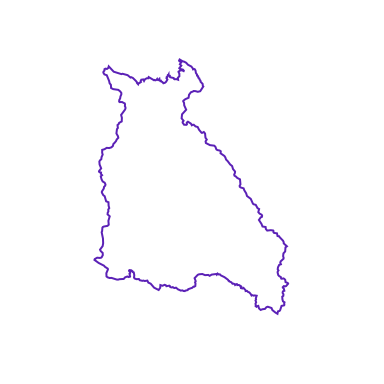 Fresno, Tolima, Colombia, rotated 116°
{"feature_id": "7082276B32656810983952", "entity_name": "Fresno", "entity_type": "district", "adm_level": 2, "iso_a3": "COL", "parent_name": "Colombia", "parent_adm1": "Tolima", "projection": "robinson", "projection_center": [-75.055, 5.192], "detail": "fine", "context": "isolated", "style": "outline", "palette": "violet", "viewbox_px": 384, "rotation_deg": 116, "n_neighbors": 0, "source": "geoboundaries", "source_scale": "gbopen_adm2", "svg_char_len": 6010}
<svg xmlns="http://www.w3.org/2000/svg" viewBox="0 0 384 384"><g transform="rotate(116 192 192)"><path d="M92.2,228.1L91.9,228.8L90.2,229.8L89.1,232.7L88.1,233.3L87.6,234.6L86.7,235.2L86.5,236.5L85.3,237.2L85.2,238.5L84.3,238.9L83.3,240.7L81.4,242.0L80.5,243.2L80.5,244.0L81.3,244.8L80.6,245.4L79.5,247.6L79.4,251.4L78.4,253.9L78.3,256.1L78.6,257.8L78.3,261.2L79.6,261.2L80.0,260.6L80.0,258.5L82.5,258.9L83.1,257.0L86.3,257.7L86.6,256.9L86.0,253.7L86.6,252.5L87.0,252.5L87.0,254.5L88.2,256.0L89.7,256.9L90.2,256.6L91.1,255.3L93.5,254.1L95.5,254.8L97.2,253.7L97.4,255.6L98.3,257.0L98.3,257.6L97.6,258.4L98.4,261.9L98.2,262.5L97.3,262.9L97.7,264.0L96.8,264.5L97.2,264.5L97.5,265.0L98.6,264.7L99.8,265.1L100.1,264.6L100.9,264.8L101.7,263.4L104.3,263.6L105.7,264.2L106.8,265.4L106.1,266.8L106.2,267.7L105.6,268.7L106.2,269.1L105.8,270.1L104.6,270.9L106.3,271.5L106.3,272.4L105.8,272.9L106.8,273.1L107.6,273.7L107.8,275.0L108.2,275.2L107.7,281.3L108.9,281.1L109.6,282.5L111.3,283.7L113.2,283.8L112.2,285.2L113.3,286.8L114.9,286.8L115.5,286.1L117.1,287.0L117.6,287.7L118.8,287.6L118.1,289.3L117.5,289.6L116.7,291.3L115.4,295.2L115.5,297.1L116.1,297.5L115.2,301.1L116.2,306.3L117.0,307.1L118.2,315.1L115.6,321.9L117.1,321.6L118.7,322.4L119.1,323.9L120.0,324.5L121.2,323.9L122.6,324.3L123.6,324.0L124.7,322.3L124.4,319.8L128.5,315.2L130.4,313.7L131.2,311.9L134.0,310.3L134.1,308.0L132.5,303.0L133.1,300.5L134.0,298.9L135.3,298.3L137.5,298.2L139.4,297.6L141.2,297.7L142.7,297.1L142.9,296.4L141.8,294.3L141.9,291.2L142.8,290.5L144.2,290.0L145.0,289.0L145.8,288.5L147.2,288.3L153.8,289.5L156.1,287.5L159.4,286.1L161.8,287.8L163.1,287.7L164.5,288.3L166.9,286.7L168.4,287.0L172.5,285.6L174.4,282.9L175.6,282.0L177.8,282.7L179.5,282.6L182.0,283.2L183.0,283.7L185.5,283.3L187.3,284.1L188.8,285.7L189.7,288.0L191.9,289.4L193.5,291.2L196.2,289.9L197.5,288.7L200.3,288.6L202.3,287.9L204.0,288.6L205.3,288.6L207.8,287.1L210.6,284.0L213.9,284.7L214.5,284.5L214.7,283.6L214.4,282.3L215.6,281.9L216.3,280.2L217.9,280.9L220.2,278.9L221.7,276.9L221.9,274.6L223.1,273.1L224.3,272.8L226.0,273.3L227.6,272.8L231.1,273.2L232.0,272.8L233.7,270.4L234.1,268.6L238.0,265.1L237.8,262.6L240.8,261.0L242.8,259.3L244.4,259.6L246.2,258.6L247.5,258.7L249.1,258.1L249.9,255.3L254.6,254.5L257.9,252.5L259.5,253.1L261.7,256.1L262.6,256.8L263.3,256.9L266.7,255.6L267.7,255.6L272.9,251.6L277.0,249.4L279.8,248.6L284.1,249.4L285.1,248.2L285.9,245.6L287.8,244.5L290.3,244.6L291.0,245.0L291.7,246.0L292.6,248.4L294.9,250.0L295.8,249.9L296.7,244.7L296.8,238.8L297.4,237.4L297.8,234.1L298.5,233.6L302.5,233.4L305.4,231.8L305.7,230.4L305.4,228.3L304.5,226.7L303.7,221.3L303.1,219.9L302.2,219.0L300.1,215.3L298.0,214.7L296.3,213.1L296.3,211.8L295.3,210.6L294.8,210.7L294.4,211.3L293.3,212.0L292.8,211.9L292.6,212.4L290.7,212.3L290.5,212.8L289.9,213.2L290.5,213.9L290.3,214.1L289.6,214.0L289.0,212.3L289.3,210.7L289.9,210.1L289.8,209.1L292.1,207.4L294.3,206.6L294.9,205.7L294.7,203.7L293.5,201.6L294.2,200.3L293.6,197.7L292.9,196.8L292.7,195.4L291.2,193.3L292.6,191.5L292.5,189.0L294.6,184.1L294.7,179.0L292.0,178.6L289.5,179.6L289.2,177.4L287.4,175.9L287.3,174.6L287.9,173.7L286.1,171.3L286.2,170.7L286.8,170.3L286.9,169.2L286.6,168.2L285.9,167.6L286.1,166.3L285.9,165.4L285.0,164.5L285.7,161.5L285.5,160.3L285.6,159.0L284.6,157.4L284.7,156.2L284.2,155.0L283.6,154.8L282.1,152.9L281.0,152.8L278.0,149.8L276.4,149.2L276.2,148.5L275.1,147.8L272.8,148.7L271.8,149.7L270.8,149.5L270.3,149.8L268.3,151.9L263.9,150.5L262.9,149.6L261.2,146.8L261.0,143.8L259.4,141.0L259.6,139.4L257.6,138.1L255.1,134.3L255.5,133.5L254.1,133.3L254.4,131.8L253.8,130.9L254.3,129.5L254.3,125.5L255.1,121.2L255.7,120.4L255.6,119.7L256.0,119.4L255.9,117.0L256.7,115.4L256.2,114.7L256.1,113.3L256.7,112.5L255.4,111.8L255.1,111.2L255.8,110.4L255.0,109.1L255.1,107.7L255.5,107.3L255.2,106.6L255.5,106.1L256.3,106.3L256.9,105.9L256.6,104.4L255.6,103.7L256.9,100.6L257.5,100.3L256.8,99.2L257.3,97.7L257.1,96.5L257.9,94.6L258.8,93.3L258.4,93.2L258.1,91.1L257.5,90.4L256.9,88.4L259.7,88.0L260.5,87.3L261.6,87.4L263.0,86.0L264.5,86.0L265.9,85.0L266.7,84.8L266.9,83.7L266.1,83.4L265.3,82.5L267.3,80.7L267.9,78.6L266.5,77.3L265.1,75.2L262.9,74.6L261.9,73.6L261.4,69.7L262.9,68.0L263.8,64.1L264.0,61.8L261.6,62.4L260.5,61.2L259.5,61.0L255.1,61.6L253.6,59.6L253.0,59.5L251.5,60.4L250.6,60.5L250.4,62.3L248.8,63.7L246.5,65.0L245.3,64.4L243.8,65.0L243.0,66.3L242.3,66.6L241.4,66.7L240.3,65.7L238.3,67.4L238.2,68.4L237.8,68.7L236.3,68.2L235.9,66.8L235.3,66.2L232.3,65.4L231.8,66.1L232.0,68.4L230.1,69.7L229.6,71.0L229.6,72.0L230.6,73.2L230.7,73.9L229.5,74.9L229.4,76.7L228.9,78.0L226.8,79.8L225.8,80.1L224.6,79.9L223.9,81.1L222.0,81.7L219.3,81.7L218.0,80.4L216.8,81.7L215.5,81.9L211.9,80.5L211.0,80.8L209.7,82.0L207.1,82.9L204.6,82.2L200.8,83.7L199.2,82.9L198.0,87.0L196.9,87.6L195.9,88.8L194.1,93.6L193.6,94.3L194.1,95.8L191.9,97.5L192.8,100.3L192.4,101.2L191.3,101.7L191.0,102.2L191.8,104.5L193.7,107.5L192.9,109.4L191.2,110.5L192.1,113.5L190.2,115.6L187.8,119.6L184.6,119.1L183.8,118.3L182.7,118.5L181.9,119.4L181.8,121.8L181.0,123.6L177.9,124.2L177.8,126.0L175.6,129.1L176.0,131.1L175.8,132.1L172.4,136.2L171.5,140.8L169.4,142.8L167.5,145.8L166.1,147.2L166.6,150.3L166.4,151.3L165.6,151.9L163.9,151.8L159.6,154.4L159.5,157.6L158.9,159.1L158.7,161.0L157.9,161.7L156.0,161.8L154.7,162.3L153.4,165.2L151.1,167.3L150.5,169.8L148.6,173.5L147.9,175.6L146.3,177.2L145.4,178.7L144.7,183.3L142.8,184.0L142.6,185.3L143.2,187.6L143.0,188.8L141.1,190.8L140.6,192.3L142.0,196.4L141.9,201.0L140.5,202.0L138.4,201.7L137.3,203.7L133.7,205.9L132.9,207.7L134.3,208.7L134.6,209.3L133.0,212.9L131.1,215.4L131.5,217.6L130.8,219.9L131.3,220.9L132.1,221.4L131.0,223.0L130.6,226.5L131.9,227.1L133.5,226.2L134.1,226.5L135.0,228.6L133.8,230.8L133.2,231.1L131.7,230.8L130.4,233.6L126.5,235.0L120.6,233.3L117.5,237.0L115.4,238.2L114.3,239.7L113.8,239.8L111.5,238.7L108.8,236.4L105.9,237.3L102.8,236.7L101.4,235.3L100.5,234.8L99.8,233.0L99.4,230.7L97.8,228.8L92.2,228.1Z" fill="none" stroke="#5b21b6" stroke-width="2"/></g></svg>